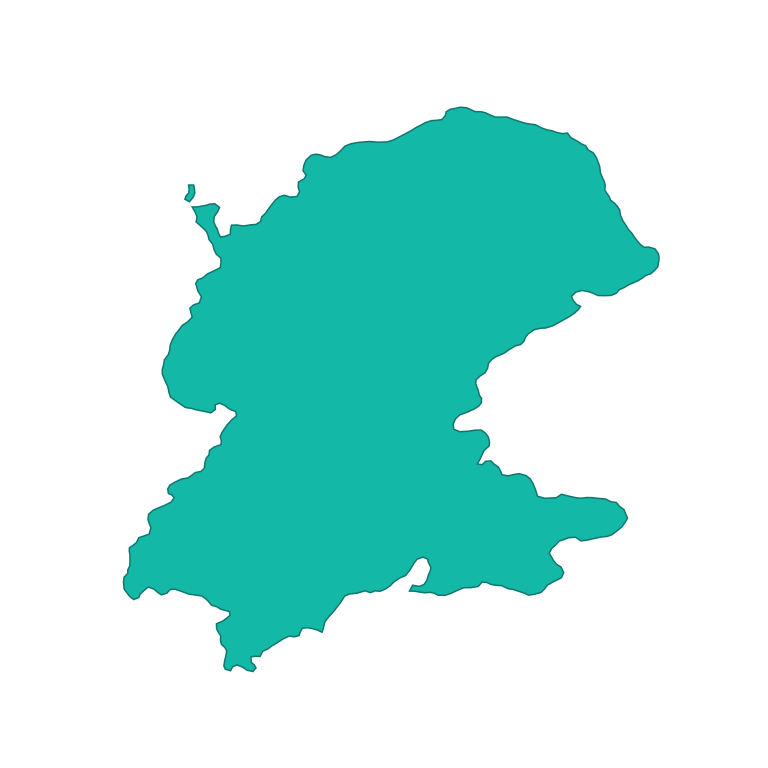 Ferros, Minas Gerais, Brazil (Equal Earth projection), rotated 259°
{"feature_id": "56859067B7555169296661", "entity_name": "Ferros", "entity_type": "district", "adm_level": 2, "iso_a3": "BRA", "parent_name": "Brazil", "parent_adm1": "Minas Gerais", "projection": "equal_earth", "projection_center": [-42.959, -19.247], "detail": "fine", "context": "isolated", "style": "filled", "palette": "teal", "viewbox_px": 768, "rotation_deg": 259, "n_neighbors": 0, "source": "geoboundaries", "source_scale": "gbopen_adm2", "svg_char_len": 6067}
<svg xmlns="http://www.w3.org/2000/svg" viewBox="0 0 768 768"><g transform="rotate(259 384 384)"><path d="M570.9,633.6L574.9,629.1L579.4,627.4L582.1,623.5L585.5,620.1L590.2,614.4L595.3,612.0L595.7,607.0L597.9,601.7L600.7,596.8L602.3,592.6L605.4,587.4L609.6,582.1L611.1,577.6L613.3,571.7L616.8,565.4L619.0,561.4L622.6,555.6L623.7,549.2L624.8,544.2L627.9,539.3L630.5,536.0L632.7,531.5L634.1,525.2L636.9,521.4L639.4,517.7L641.2,511.6L640.9,506.7L641.1,501.7L639.4,497.1L635.5,495.2L632.5,491.0L632.8,486.1L633.5,480.9L632.7,474.6L631.1,469.7L629.8,464.9L627.7,459.6L625.9,453.7L623.6,446.1L621.9,440.1L621.0,433.5L622.5,424.3L624.8,416.1L625.6,409.1L626.1,403.8L626.1,397.2L625.0,391.1L621.8,386.7L618.4,381.2L616.6,375.1L618.4,369.5L621.2,364.9L622.7,360.7L622.3,355.8L618.5,350.0L613.6,346.9L608.8,345.2L603.7,347.6L600.4,344.4L598.7,338.6L593.6,337.3L588.7,337.8L584.7,334.3L585.4,327.5L588.3,322.3L587.7,316.9L585.2,312.3L581.8,308.3L578.3,304.4L574.4,300.5L571.4,295.8L567.1,293.9L565.1,288.9L565.7,283.3L565.9,276.2L568.2,269.9L569.0,264.6L565.3,262.9L560.4,261.7L559.3,256.1L559.6,251.6L563.1,250.4L567.9,249.9L571.5,248.6L575.9,247.8L580.9,249.4L584.6,253.4L588.7,256.3L593.3,252.2L593.8,247.5L593.3,242.6L593.5,234.7L594.4,229.5L588.6,231.5L583.8,232.4L578.9,230.5L574.8,233.7L570.8,236.7L567.0,239.0L563.3,239.6L559.1,239.8L554.0,242.5L548.3,242.8L543.2,244.2L538.8,247.9L534.4,247.2L529.5,245.5L527.4,238.2L525.8,231.8L522.7,226.1L521.8,221.0L518.5,218.3L510.7,219.1L504.4,221.4L498.9,218.2L497.9,211.9L495.4,207.9L491.1,208.1L486.2,208.4L482.7,203.5L480.1,197.3L476.1,192.9L472.6,188.7L467.3,184.3L462.5,181.3L458.7,180.4L454.1,177.9L449.6,173.0L444.9,171.3L440.6,169.1L435.9,168.3L431.9,169.1L428.0,169.9L422.8,171.3L416.7,171.3L411.9,171.9L408.1,175.5L403.8,179.6L398.8,184.6L396.8,190.4L394.8,194.0L392.8,199.0L390.5,204.5L388.7,208.4L391.1,213.6L395.8,214.4L396.5,219.1L393.4,223.6L390.0,226.5L387.4,229.5L385.4,233.2L380.9,233.2L377.7,227.4L374.2,222.7L370.2,218.5L367.1,215.5L363.6,213.1L360.0,213.6L355.6,212.5L354.5,205.0L352.1,200.0L348.0,198.8L344.8,195.1L340.8,193.1L335.5,191.5L333.1,187.5L333.1,181.9L331.1,177.9L329.2,173.6L329.4,167.1L327.4,159.5L325.6,154.6L322.3,151.7L317.7,151.4L315.5,154.6L312.4,156.3L308.6,152.3L306.5,144.5L305.3,138.4L304.1,133.2L301.1,128.1L295.9,126.4L290.9,127.1L287.5,127.8L281.5,124.9L280.6,119.0L279.9,113.9L275.7,110.9L273.6,107.0L271.8,102.8L268.3,102.0L264.5,102.0L259.6,101.0L254.2,99.9L250.5,97.1L246.9,96.2L244.0,92.0L239.3,90.5L232.1,89.8L228.1,91.8L224.3,93.7L220.2,97.1L221.2,102.5L224.2,104.5L226.7,108.4L229.7,113.8L226.7,118.9L222.5,122.2L219.5,125.2L220.1,131.0L223.0,134.7L222.5,139.6L219.1,145.6L215.0,152.2L212.8,158.8L210.7,164.7L207.3,167.9L203.9,170.3L199.7,172.5L197.4,177.2L194.0,180.9L192.1,184.8L190.1,188.8L186.3,188.7L184.2,184.9L182.0,180.4L180.6,173.8L175.8,173.0L171.6,174.1L167.8,175.7L164.3,174.6L159.5,174.7L155.8,177.5L152.1,178.7L147.4,176.9L142.5,174.7L137.7,173.0L134.3,173.8L131.8,178.7L135.2,181.4L136.3,186.0L133.2,191.0L129.2,194.9L126.8,200.5L129.7,204.2L133.2,203.0L136.0,200.6L141.6,201.3L141.3,205.7L140.2,210.4L144.7,213.8L146.2,219.7L148.4,224.1L150.2,229.3L153.2,236.7L154.6,243.0L153.0,247.5L153.2,252.6L156.7,254.6L159.8,257.2L159.4,262.2L157.9,266.3L155.4,271.3L152.1,275.9L157.0,278.4L161.8,280.6L165.6,284.8L169.6,290.2L174.4,295.8L177.5,299.3L180.4,302.2L183.3,304.9L184.5,309.9L183.8,317.4L184.6,326.0L181.7,330.9L182.7,335.6L181.3,340.6L182.5,346.1L184.5,351.1L187.8,356.0L190.5,362.1L191.8,368.5L196.0,373.5L200.0,377.1L203.1,380.0L205.7,383.0L206.6,389.1L203.9,393.3L199.9,393.6L195.3,395.0L191.8,393.8L188.0,391.1L183.2,388.7L179.6,385.1L178.6,380.1L181.0,373.7L175.9,369.5L174.7,374.6L172.8,379.8L171.3,384.0L170.7,389.4L169.1,393.3L166.4,396.7L164.9,403.4L165.7,409.7L167.5,416.9L168.8,423.5L167.5,430.7L167.3,438.0L170.8,442.3L169.7,446.8L167.0,450.5L165.0,455.4L163.6,461.1L159.5,466.6L157.5,471.9L154.9,476.5L152.2,481.4L149.1,485.6L148.9,491.8L149.4,498.3L151.8,502.0L155.5,506.2L157.8,513.6L159.9,521.1L164.6,524.4L170.4,522.9L174.3,518.9L178.0,516.8L181.5,515.6L186.3,513.9L190.4,517.0L192.9,521.2L196.4,526.1L197.1,531.5L197.9,536.0L197.0,542.8L192.4,547.4L192.0,553.6L192.2,560.2L192.4,568.1L191.8,573.9L192.5,578.8L195.0,584.0L198.3,590.2L202.5,594.6L205.9,597.5L209.9,596.5L214.7,595.7L218.9,591.9L223.4,589.4L225.1,584.3L229.0,579.3L230.6,573.2L232.8,566.4L233.9,561.1L234.2,556.2L235.4,551.6L237.7,546.2L240.1,541.0L241.9,537.1L239.5,531.5L240.4,525.1L241.2,519.9L244.5,513.3L251.8,512.5L257.5,511.4L263.1,509.4L267.1,505.8L270.2,499.5L270.4,493.9L270.1,488.3L272.4,482.6L276.6,481.7L280.7,480.4L284.1,477.0L288.1,474.3L288.7,468.9L286.1,465.2L287.6,460.3L291.3,463.5L295.3,466.4L299.7,469.6L303.1,475.3L306.7,476.5L312.1,476.3L316.3,474.3L320.3,470.6L321.3,464.4L321.6,457.6L322.7,449.3L326.3,443.9L331.3,444.2L336.1,447.5L339.3,452.7L340.3,459.6L342.1,467.4L344.1,472.6L347.0,476.0L351.2,477.0L354.7,475.5L359.6,475.3L363.6,474.6L367.1,474.1L370.6,475.2L373.5,479.9L375.7,485.4L379.7,488.7L384.3,490.5L387.4,494.4L389.3,498.6L390.3,503.1L391.3,507.7L393.8,513.3L396.3,520.0L396.7,525.8L399.4,529.6L402.9,531.8L405.9,535.4L408.6,541.6L408.9,548.1L408.1,553.4L408.9,560.5L410.6,566.1L412.5,571.9L415.0,579.4L417.5,585.0L420.0,588.9L422.7,591.8L425.4,588.2L429.6,585.8L434.2,584.7L437.6,589.9L438.0,596.3L435.6,602.4L433.5,606.1L430.0,610.9L428.5,618.1L427.6,623.8L428.7,629.2L431.6,632.8L432.9,638.3L434.7,643.0L435.8,648.3L437.1,653.7L438.7,657.9L440.6,661.8L441.4,667.2L443.7,670.9L446.8,675.1L452.3,677.2L456.1,678.2L459.7,678.1L464.9,675.8L467.9,670.1L468.5,665.4L472.3,662.1L476.5,659.8L480.6,657.7L484.9,656.0L488.9,653.5L493.8,651.7L498.7,649.6L504.7,648.3L509.6,648.6L513.6,647.1L517.1,645.1L521.1,641.6L525.2,640.7L528.5,639.2L532.3,637.7L536.1,639.0L540.1,639.0L544.7,637.8L550.0,636.8L556.8,637.2L560.4,636.6L565.9,635.6L570.9,633.6ZM616.6,230.2L612.3,229.8L608.9,228.8L606.4,225.6L603.3,223.8L600.0,227.9L603.9,232.4L607.4,234.7L611.4,235.1L615.6,235.2L616.6,230.2Z" fill="#14b8a6" stroke="#0f766e" stroke-width="1.5"/></g></svg>